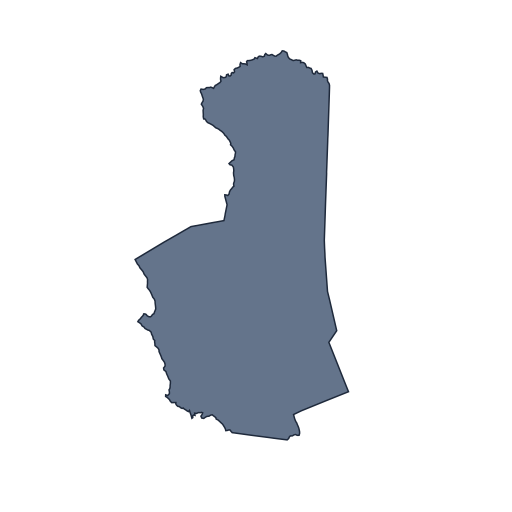 Riacho de Santana, Bahia, Brazil (Equal Earth projection), rotated 153°
{"feature_id": "56859067B6273333870368", "entity_name": "Riacho de Santana", "entity_type": "district", "adm_level": 2, "iso_a3": "BRA", "parent_name": "Brazil", "parent_adm1": "Bahia", "projection": "equal_earth", "projection_center": [-43.019, -13.644], "detail": "fine", "context": "isolated", "style": "filled", "palette": "slate", "viewbox_px": 512, "rotation_deg": 153, "n_neighbors": 0, "source": "geoboundaries", "source_scale": "gbopen_adm2", "svg_char_len": 4885}
<svg xmlns="http://www.w3.org/2000/svg" viewBox="0 0 512 512"><g transform="rotate(153 256 256)"><path d="M113.0,374.7L112.6,376.6L112.9,378.5L112.7,379.9L112.0,381.1L111.7,382.9L113.4,384.0L114.7,384.9L114.2,386.5L113.7,388.4L115.0,389.2L116.4,389.5L117.7,390.8L117.8,393.1L119.5,392.9L120.7,391.5L121.8,391.8L122.5,393.6L121.8,396.0L121.8,398.2L122.8,399.0L123.6,400.2L125.2,400.9L125.1,402.5L124.9,404.7L125.7,406.6L127.0,407.6L128.5,408.0L127.5,409.7L128.7,410.9L129.9,411.4L131.1,412.5L132.9,412.9L134.2,413.3L135.2,414.7L136.6,416.4L137.0,418.5L136.9,419.9L136.5,421.3L136.2,423.3L137.1,424.4L138.1,426.0L139.5,426.9L141.2,425.9L143.3,425.3L144.8,425.3L146.0,425.2L147.3,424.9L148.4,425.4L149.4,426.8L150.3,428.3L151.5,428.6L153.0,428.7L154.5,429.8L155.4,432.0L156.7,431.5L157.9,430.2L159.6,430.4L161.0,431.8L162.4,432.6L163.7,432.4L165.1,431.3L166.9,433.2L168.3,432.3L170.6,432.5L172.0,432.8L173.5,433.3L175.0,434.0L176.2,433.4L176.5,431.8L177.1,430.4L178.3,432.0L179.6,432.8L181.0,433.6L181.9,435.3L183.3,433.9L184.1,432.1L185.4,432.0L187.3,432.0L189.1,432.5L190.9,432.0L191.5,429.8L192.9,429.3L193.9,430.3L195.1,429.9L196.0,428.5L197.3,428.1L198.4,428.8L198.3,430.7L200.0,430.8L200.8,429.6L201.9,429.0L203.1,429.3L204.3,429.8L205.8,432.1L206.8,430.6L207.5,429.2L207.8,427.7L209.3,426.9L210.6,426.8L212.1,426.6L213.5,426.4L214.8,426.5L216.5,425.5L217.7,424.6L218.5,425.7L219.6,427.0L221.0,427.2L222.3,427.9L223.8,428.5L225.3,427.9L227.3,428.3L229.2,429.7L230.6,428.6L230.9,427.2L230.9,425.2L231.4,422.0L231.7,419.6L233.0,417.9L234.2,417.3L235.8,416.1L235.5,413.5L235.7,411.4L237.0,409.8L237.6,408.5L238.7,406.0L239.8,404.0L240.4,401.9L239.4,401.4L239.0,399.8L239.0,398.3L238.3,396.5L237.1,395.1L235.8,393.2L234.9,391.8L234.4,390.4L233.6,388.4L232.4,387.1L231.4,385.5L230.9,384.2L230.1,382.9L229.5,381.4L229.0,379.7L228.9,377.8L228.1,376.0L227.9,374.4L227.7,372.8L227.2,371.4L227.2,369.6L227.3,367.8L228.2,366.7L227.5,364.7L227.2,362.6L227.3,361.2L227.3,359.7L226.9,358.3L227.6,357.0L228.7,355.7L229.6,354.2L230.7,353.3L231.9,351.7L234.0,351.8L236.1,351.2L238.1,350.6L237.7,349.0L236.3,348.0L235.8,345.6L236.4,343.6L237.1,342.0L238.3,340.3L239.3,337.9L239.7,335.9L240.5,333.8L241.3,332.4L242.3,331.5L243.3,330.4L244.0,328.2L245.5,327.9L246.8,327.2L248.8,326.4L250.4,325.3L251.8,323.5L253.7,322.7L254.8,323.9L256.0,324.7L256.7,323.2L258.5,314.8L263.1,309.0L264.0,307.9L265.2,306.2L268.5,302.1L275.2,304.1L278.4,305.1L300.6,311.7L308.3,311.3L313.8,311.0L321.6,310.6L331.9,310.1L365.3,307.8L365.3,302.7L364.7,300.5L364.8,298.1L364.1,295.2L363.7,293.2L363.9,290.5L363.0,286.0L363.3,284.2L364.3,282.5L365.0,281.0L366.2,279.1L367.2,277.5L366.9,275.7L366.5,274.1L366.3,272.0L366.4,269.6L366.5,268.1L366.7,266.1L366.2,263.9L366.4,261.7L367.3,259.7L368.1,257.5L368.7,255.9L369.4,254.3L371.0,252.9L372.2,251.9L373.1,250.9L374.7,250.9L376.3,250.0L377.5,249.7L378.9,250.4L380.1,252.1L380.4,253.8L381.3,254.9L382.4,255.4L383.3,254.4L384.7,253.8L386.0,253.4L387.5,252.6L388.7,252.3L389.8,252.0L391.1,251.1L390.3,249.8L389.3,247.8L389.2,245.4L388.0,243.4L387.8,241.8L386.7,240.2L385.9,239.0L384.9,238.2L384.0,235.7L384.5,233.8L384.5,231.1L385.2,228.6L384.6,226.7L385.4,225.4L385.8,224.0L386.7,222.0L385.8,220.0L385.1,218.1L385.1,216.3L385.8,214.8L385.9,212.9L386.0,210.9L386.2,208.9L386.5,207.2L386.1,205.0L385.8,203.0L386.1,201.1L386.9,199.3L388.0,198.7L389.2,198.2L389.8,196.3L388.7,194.0L389.1,191.5L389.2,188.9L389.5,186.1L389.0,183.5L390.1,181.4L391.2,179.8L392.1,178.1L393.1,176.9L394.3,176.2L394.9,174.1L395.7,172.6L396.9,172.2L398.0,171.8L399.5,173.3L400.3,171.9L399.3,170.2L398.7,168.6L398.3,167.3L398.3,165.7L397.7,163.6L395.7,162.7L393.9,161.8L394.6,160.7L394.5,159.1L393.9,157.5L392.6,156.6L392.1,155.1L391.0,153.7L389.9,153.6L389.4,152.2L388.6,151.0L387.7,149.2L386.8,148.0L385.4,148.6L385.8,146.6L386.0,144.5L386.4,142.4L386.8,140.5L385.7,140.7L384.9,142.4L383.6,142.6L382.7,141.7L382.0,143.8L380.5,142.7L379.2,142.7L378.0,142.5L376.9,141.7L375.5,141.4L374.7,140.5L376.1,139.2L377.8,138.3L377.9,136.2L376.3,135.0L374.6,135.3L372.7,135.4L370.5,134.6L368.8,134.8L367.1,134.4L366.5,133.0L365.9,131.8L365.2,130.3L365.5,128.8L364.3,127.2L363.5,125.1L362.8,123.1L362.1,121.3L361.8,117.7L361.8,115.8L362.2,114.1L360.8,113.6L359.4,113.4L358.2,112.9L357.9,111.3L357.4,109.4L355.9,108.4L341.1,98.1L326.3,88.0L322.6,85.4L311.7,78.0L309.8,78.5L308.5,79.6L307.1,80.1L305.2,79.2L303.5,79.4L301.8,79.0L300.7,77.5L299.0,76.7L297.7,78.1L297.0,79.5L296.5,81.2L296.0,83.3L295.8,85.2L295.7,87.2L295.5,88.7L295.7,90.4L295.5,93.1L295.0,95.6L294.5,97.7L285.8,97.5L258.6,95.2L235.2,93.1L234.3,103.2L231.2,136.2L230.3,146.0L218.0,152.8L210.2,184.2L208.4,191.9L195.1,223.5L193.6,226.7L191.2,232.1L188.0,239.0L177.4,258.2L169.9,271.8L155.7,297.3L155.0,298.8L153.3,301.8L139.9,325.9L138.9,327.8L137.1,330.9L117.0,367.3L114.2,372.4L113.0,374.7Z" fill="#64748b" stroke="#1e293b" stroke-width="1.5"/></g></svg>